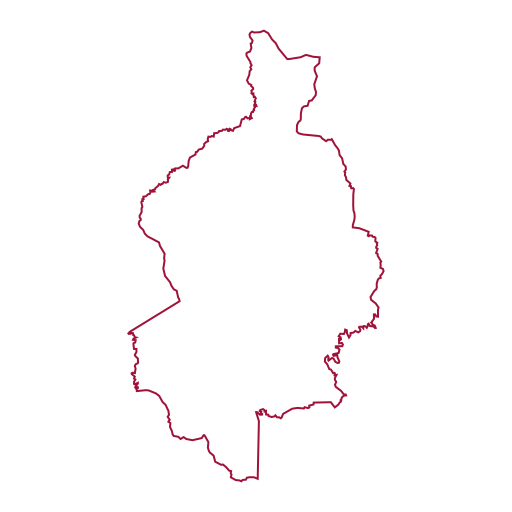 Mueang Prachin Buri, Prachin Buri, Thailand (Natural Earth projection)
{"feature_id": "78962969B52304698369920", "entity_name": "Mueang Prachin Buri", "entity_type": "district", "adm_level": 2, "iso_a3": "THA", "parent_name": "Thailand", "parent_adm1": "Prachin Buri", "projection": "natural_earth1", "projection_center": [101.383, 14.11], "detail": "fine", "context": "isolated", "style": "outline", "palette": "rose", "viewbox_px": 512, "rotation_deg": 0, "n_neighbors": 0, "source": "geoboundaries", "source_scale": "gbopen_adm2", "svg_char_len": 6072}
<svg xmlns="http://www.w3.org/2000/svg" viewBox="0 0 512 512"><path d="M215.2,461.7L221.1,464.8L222.9,464.5L226.2,467.2L229.2,470.7L231.1,471.1L230.7,473.1L231.5,474.7L230.8,477.3L235.6,480.0L239.7,480.5L241.3,481.3L242.7,479.9L245.9,479.7L246.9,477.7L249.8,477.2L254.1,477.3L257.7,478.8L258.9,421.1L256.1,412.1L256.8,412.0L260.0,414.7L262.1,414.6L262.2,414.0L260.8,413.3L261.3,411.9L259.7,411.0L260.3,410.0L263.1,409.1L264.4,410.0L264.6,411.5L266.0,410.9L266.1,414.5L268.3,414.7L268.6,416.0L271.6,417.0L274.5,416.4L275.4,415.3L277.0,417.3L279.2,417.3L280.7,418.3L281.6,417.6L283.1,413.9L292.2,408.7L297.5,407.9L303.9,408.5L304.6,407.2L308.1,408.1L309.4,407.4L309.2,405.6L313.5,404.5L313.7,402.6L330.8,402.2L334.8,407.4L338.5,404.5L339.6,402.6L340.7,401.9L341.2,400.7L340.6,400.1L341.5,399.0L341.8,397.5L343.8,395.7L346.1,395.4L345.7,394.5L343.8,394.4L341.1,390.9L335.8,386.9L335.0,384.8L336.2,381.9L335.0,379.9L334.8,378.2L336.5,374.9L334.6,375.2L334.9,373.3L334.1,372.8L333.1,373.1L331.0,369.6L329.3,369.1L327.2,364.2L324.9,361.6L325.1,358.1L327.7,355.7L328.6,357.3L328.2,359.9L328.5,360.6L332.1,357.9L333.6,358.7L335.4,361.9L337.7,363.0L338.9,362.8L339.3,361.4L337.5,357.3L337.2,355.1L333.7,355.9L333.0,354.8L333.4,354.1L338.6,353.0L339.5,349.5L337.8,348.0L335.8,347.6L335.8,346.3L342.3,346.2L342.9,344.6L342.0,343.0L339.1,343.3L339.0,338.8L339.9,338.6L340.6,339.7L341.0,339.3L340.6,337.3L338.7,336.3L340.3,333.7L343.9,334.0L344.8,332.2L345.2,329.6L346.8,330.2L347.0,333.4L349.0,337.5L350.5,335.1L350.6,333.0L353.5,332.6L355.3,330.9L358.3,332.4L360.1,331.1L360.4,329.7L359.0,327.5L359.3,326.8L362.0,326.7L363.3,328.2L363.4,326.3L364.3,326.0L365.8,326.6L366.8,327.8L367.8,325.8L367.9,324.2L368.6,323.7L369.9,326.0L373.6,326.5L375.0,328.0L375.7,327.9L374.8,325.6L372.4,324.4L372.0,323.1L371.2,322.6L374.0,318.8L373.9,314.4L375.1,314.4L376.3,316.5L378.0,316.7L378.0,309.6L378.6,307.6L375.7,303.4L371.2,299.9L370.5,297.0L374.1,291.2L376.2,289.3L376.8,287.5L376.7,283.6L377.7,280.1L378.7,278.5L380.7,277.9L380.3,275.8L382.2,273.8L383.6,271.0L382.9,268.9L380.4,267.8L380.7,265.3L380.4,262.6L381.2,261.6L377.7,255.8L377.6,253.9L376.1,253.0L377.6,248.8L376.2,247.9L376.2,246.8L377.2,245.2L376.8,243.5L377.3,242.8L375.3,241.3L375.5,237.8L374.6,237.0L372.6,236.7L372.1,235.6L369.7,235.4L368.8,236.2L367.8,235.7L368.7,231.8L359.2,228.2L352.8,227.4L352.8,225.1L354.3,220.1L354.7,216.6L354.4,213.2L353.5,210.6L353.2,205.5L353.3,194.4L353.9,189.0L353.2,188.1L351.4,188.4L350.9,187.6L351.0,186.2L349.5,185.9L350.4,183.5L346.3,179.9L346.1,177.4L344.9,175.2L345.2,172.6L344.4,171.6L345.9,169.6L345.7,166.6L343.3,163.9L342.1,158.3L339.6,155.1L338.9,150.5L337.7,148.4L335.0,145.0L331.8,139.2L331.1,139.8L328.0,139.7L326.1,141.2L321.8,138.2L320.8,136.6L318.7,136.0L303.1,134.5L298.6,133.3L296.8,131.4L297.0,125.1L298.5,121.9L300.4,120.5L300.8,119.0L300.9,113.3L302.0,108.1L304.1,106.3L307.6,105.8L309.1,100.9L311.8,100.4L315.7,95.2L316.0,92.0L314.7,87.9L314.3,84.2L317.0,76.3L314.7,70.7L314.6,67.9L315.1,66.9L319.2,63.3L319.7,57.3L313.4,56.8L306.0,54.9L300.7,57.2L288.9,59.1L287.1,58.9L278.5,48.5L275.8,43.2L272.1,39.5L268.1,33.1L263.9,30.7L259.9,32.2L254.2,32.5L252.0,31.6L250.1,33.2L249.5,34.7L250.0,37.0L252.6,40.5L251.9,43.0L250.7,43.6L251.4,48.0L250.0,51.5L247.0,52.7L246.4,53.5L246.6,55.8L250.5,62.2L250.4,63.1L251.6,65.2L250.3,67.3L251.3,69.3L249.7,71.1L249.3,74.8L247.0,80.3L248.7,83.6L251.3,85.0L251.2,86.1L253.0,87.7L253.2,89.1L251.4,90.6L251.8,92.3L251.4,93.2L252.6,94.3L253.4,93.7L253.8,97.1L254.9,96.8L255.8,98.2L254.5,101.4L255.3,101.8L254.8,103.8L256.0,104.6L256.4,105.9L254.3,105.4L254.4,106.4L255.1,107.1L253.8,109.0L254.1,110.3L253.3,110.5L253.1,111.9L251.7,112.1L250.9,113.8L251.0,115.0L250.1,116.1L249.3,116.2L250.8,116.6L251.8,118.1L249.9,119.1L250.0,117.9L247.6,118.4L246.1,116.8L245.3,116.9L243.9,118.9L241.8,119.4L240.0,126.1L234.2,128.1L233.0,130.8L231.3,130.3L230.8,129.3L229.6,128.7L229.0,129.3L229.3,130.5L228.9,131.1L228.1,131.0L227.5,129.3L226.7,128.8L225.4,129.8L223.0,129.6L221.8,130.9L219.0,131.1L218.5,132.3L217.0,133.0L214.2,133.2L213.7,136.6L211.8,136.0L210.6,136.9L208.4,136.6L207.7,139.1L208.1,141.2L206.2,142.0L204.2,143.9L204.2,146.0L202.1,148.7L198.7,149.6L197.2,151.8L195.8,152.1L195.5,154.5L190.0,157.5L188.7,160.8L188.2,166.1L187.6,167.7L186.4,167.9L182.9,165.7L178.3,168.4L175.0,168.4L174.5,169.0L175.1,170.4L174.7,170.9L173.5,170.6L173.1,169.4L171.9,169.6L172.0,171.9L169.8,172.1L169.2,174.5L167.7,175.4L167.8,177.7L169.2,177.7L167.9,179.4L168.0,181.8L165.9,182.7L163.7,182.1L162.5,183.9L161.7,183.8L160.6,184.9L159.1,184.0L158.2,185.8L155.3,188.2L155.0,189.4L153.1,189.9L153.2,190.8L154.1,191.5L152.4,191.7L151.7,190.6L150.1,190.5L150.5,192.3L149.7,193.9L148.5,194.0L145.8,196.3L143.3,196.7L143.6,199.1L142.4,199.2L142.8,200.9L142.0,200.9L141.3,202.1L142.4,206.9L141.6,208.2L141.6,212.2L139.6,215.7L139.7,217.5L140.6,218.5L140.8,219.9L139.4,221.1L138.7,223.4L139.9,226.6L143.2,229.9L144.8,233.6L147.4,236.3L159.0,242.4L160.0,246.0L164.6,253.7L164.1,258.4L164.6,260.4L163.3,268.7L165.1,276.0L170.1,282.3L171.5,285.9L173.8,289.3L176.7,290.8L178.2,297.7L179.0,298.7L179.6,301.2L129.8,331.8L128.4,333.4L129.0,334.0L130.6,333.2L130.9,333.6L131.5,332.9L133.0,333.2L133.2,335.0L134.0,335.2L134.8,337.2L136.0,337.5L133.5,338.7L133.0,339.8L135.7,340.2L135.2,342.5L133.6,343.1L133.4,343.9L134.0,348.9L136.4,349.0L136.5,351.8L134.8,355.0L135.7,356.5L137.8,358.4L138.1,362.5L137.8,363.2L135.7,364.2L134.8,366.0L135.6,368.5L134.9,373.1L132.7,372.7L131.6,373.3L131.7,374.0L134.8,376.6L134.0,378.5L135.4,379.5L134.1,381.6L134.0,383.9L134.8,384.3L137.8,382.8L137.8,383.6L135.7,386.3L138.0,387.4L137.8,388.1L135.7,388.1L136.7,389.5L136.8,391.1L145.6,390.2L148.6,390.4L155.9,393.4L159.2,395.9L162.7,402.2L165.5,404.7L168.4,410.8L169.0,414.8L167.7,416.8L169.7,419.8L168.4,421.7L170.4,423.1L170.0,426.9L171.9,431.1L172.6,434.3L173.6,435.9L178.3,436.8L180.6,439.0L183.6,437.1L186.3,439.0L192.5,440.2L201.7,438.1L203.6,435.2L204.5,435.3L208.4,442.1L207.9,447.7L209.0,451.2L210.0,452.7L213.6,455.6L215.2,461.7Z" fill="none" stroke="#9f1239" stroke-width="2"/></svg>